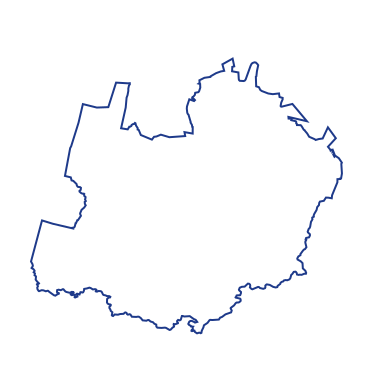 the district of Cuerámaro, Guanajuato, Mexico, rotated 102°
{"feature_id": "50627088B14851817270077", "entity_name": "Cuerámaro", "entity_type": "district", "adm_level": 2, "iso_a3": "MEX", "parent_name": "Mexico", "parent_adm1": "Guanajuato", "projection": "robinson", "projection_center": [-101.651, 20.615], "detail": "fine", "context": "isolated", "style": "outline", "palette": "blue", "viewbox_px": 384, "rotation_deg": 102, "n_neighbors": 0, "source": "geoboundaries", "source_scale": "gbopen_adm2", "svg_char_len": 5996}
<svg xmlns="http://www.w3.org/2000/svg" viewBox="0 0 384 384"><g transform="rotate(102 192 192)"><path d="M53.1,180.0L60.8,188.8L66.8,185.7L68.1,188.9L70.7,193.1L75.0,197.9L75.6,197.9L77.7,203.6L81.2,208.0L83.7,207.2L84.6,208.0L84.7,206.5L88.2,205.6L91.9,206.0L93.0,206.5L94.3,209.5L96.4,209.4L98.5,210.5L98.9,211.2L99.5,211.4L100.1,211.4L100.7,209.3L101.5,208.2L102.6,208.9L101.9,213.9L109.4,214.7L111.6,214.4L115.5,213.1L116.6,212.3L117.1,211.5L123.9,207.8L124.4,207.8L126.4,206.0L128.3,205.3L128.3,204.8L134.7,203.5L135.0,211.8L138.7,210.3L143.1,225.5L142.4,234.4L145.1,238.3L145.9,240.6L149.1,242.1L146.9,253.9L142.4,257.0L142.2,258.2L140.8,258.4L138.6,260.6L136.5,261.6L136.3,262.2L137.6,262.9L137.9,263.9L139.0,265.0L140.1,265.1L141.2,266.4L141.2,266.9L144.1,267.9L144.4,274.6L123.2,274.4L113.3,275.6L110.7,275.2L106.4,275.3L104.1,275.8L101.0,275.8L99.6,275.2L98.5,275.5L99.0,277.2L100.8,289.0L126.4,291.5L129.2,302.7L128.7,317.0L147.8,317.4L172.4,319.7L174.4,320.3L202.7,319.6L202.9,313.6L205.7,312.2L205.8,310.4L208.2,306.6L209.7,305.9L210.5,305.0L210.7,304.5L210.5,302.5L211.0,301.5L213.0,301.3L214.3,302.3L215.0,302.1L216.1,300.2L216.4,298.8L216.1,297.4L216.3,297.0L217.0,297.1L218.5,296.3L218.9,295.2L219.9,294.9L221.4,295.1L222.9,294.0L224.0,294.9L225.9,294.3L227.1,293.2L229.6,294.2L232.4,296.3L236.1,297.0L236.8,296.8L238.4,295.7L243.3,297.7L243.4,298.3L246.7,299.0L246.8,299.4L250.2,299.5L251.3,300.0L252.0,301.9L252.4,301.5L252.0,321.5L251.0,332.8L293.5,335.0L295.5,333.2L297.0,332.4L298.1,332.4L299.4,333.1L299.8,333.1L300.4,331.1L301.6,329.7L302.3,329.6L303.4,330.2L304.3,328.7L306.2,328.7L306.6,327.6L307.2,327.0L310.2,326.7L311.8,324.9L313.2,322.7L313.7,323.0L313.8,324.0L314.5,324.5L316.1,323.1L317.8,323.5L319.4,322.8L320.7,321.4L320.8,321.0L319.3,318.6L319.1,316.9L319.5,314.3L318.6,312.7L318.6,312.1L319.3,311.0L321.7,305.5L321.8,304.1L320.6,303.0L319.1,301.1L318.5,301.4L318.4,302.9L317.8,303.3L316.0,303.5L315.3,302.2L315.3,299.9L313.9,298.1L313.9,297.5L315.5,295.4L315.9,294.2L316.0,290.6L314.7,288.9L314.5,287.3L315.1,286.8L315.9,287.1L316.6,288.9L317.5,289.2L317.9,288.2L317.0,285.8L317.0,285.3L318.2,284.8L319.2,285.0L319.5,284.4L318.1,282.3L317.2,282.5L316.1,283.7L315.6,283.7L315.3,282.8L315.6,280.7L313.2,280.3L313.0,279.5L313.2,278.5L312.7,277.6L311.1,277.2L309.2,277.3L308.2,274.8L306.9,272.5L307.0,271.2L307.9,268.7L307.2,266.7L307.2,265.8L307.7,265.1L309.1,265.5L309.3,265.2L309.2,264.2L308.2,262.7L308.0,260.5L308.4,259.6L310.8,257.7L311.1,257.1L311.1,254.9L311.5,253.7L311.1,251.2L311.5,250.1L312.1,250.2L312.6,251.6L314.3,252.8L317.7,252.2L318.7,251.3L319.1,249.9L319.0,248.4L319.4,247.9L320.2,248.0L321.4,248.9L322.6,248.7L323.8,247.5L325.2,246.7L326.2,244.9L329.2,244.8L329.7,244.1L329.7,243.4L327.9,242.2L327.4,238.9L326.3,236.9L325.4,233.6L324.0,232.7L323.6,231.9L323.9,230.9L325.0,230.1L325.3,229.2L324.5,227.6L324.7,226.7L326.5,224.9L325.8,220.6L325.1,218.8L325.1,217.8L326.0,215.8L327.8,213.6L327.4,209.9L326.5,208.7L326.2,207.7L327.3,205.6L327.5,203.1L328.7,201.4L329.1,199.4L331.0,198.9L331.9,197.7L331.3,193.6L330.3,190.3L330.3,189.2L331.6,185.3L331.1,184.3L328.5,182.7L327.9,181.9L327.3,181.6L325.5,182.4L324.9,182.4L324.9,181.0L323.3,178.5L322.8,178.6L322.0,179.6L321.1,179.7L320.0,179.0L320.1,177.3L319.2,176.4L315.4,176.1L315.2,175.4L315.4,173.7L313.9,168.4L315.9,163.8L316.3,161.8L318.0,159.9L319.1,161.9L318.8,162.4L318.1,165.5L318.5,166.8L319.4,167.7L321.8,168.2L322.7,167.1L323.1,165.4L323.7,165.1L323.5,163.0L324.2,163.3L326.1,162.6L327.0,163.6L327.9,163.7L328.1,163.1L327.1,160.8L328.3,160.0L329.2,157.7L328.2,156.0L328.0,155.1L328.3,154.1L327.8,153.5L325.7,153.6L322.1,152.7L319.9,152.6L316.8,149.6L313.7,148.2L313.3,147.7L313.0,145.5L311.2,139.2L309.1,138.4L307.9,136.6L304.7,133.8L301.6,128.7L299.7,128.5L297.8,130.0L297.3,130.0L294.2,127.3L291.7,126.2L290.9,125.5L290.3,123.3L288.8,121.9L288.1,121.8L286.8,122.2L286.3,122.9L286.2,127.3L286.0,127.5L284.9,126.9L284.0,126.9L283.7,126.5L283.1,123.8L282.8,123.4L280.8,123.1L279.6,123.3L278.4,125.4L277.8,125.8L275.7,125.4L274.4,123.6L273.6,120.8L270.0,118.3L269.9,117.0L270.5,116.0L271.7,115.5L273.3,115.5L274.5,113.6L274.6,112.7L271.1,107.6L271.1,106.7L271.8,105.5L271.9,102.2L270.9,100.6L270.1,100.4L268.3,100.8L267.2,100.1L266.8,99.6L266.7,96.6L267.9,92.9L268.0,90.3L267.3,88.8L266.0,88.7L263.6,86.6L262.4,86.5L261.3,85.6L260.5,84.2L259.4,83.7L258.7,82.2L258.5,80.4L257.2,78.5L255.8,77.9L252.5,77.7L251.3,76.8L249.0,75.9L248.4,74.2L248.6,73.7L249.4,72.8L250.9,72.1L250.9,70.3L250.5,69.6L250.2,67.5L248.6,65.2L248.3,63.6L247.4,63.5L245.5,64.7L243.7,67.7L238.6,69.1L237.2,71.2L236.1,74.7L235.1,75.2L233.0,74.6L231.2,72.8L230.1,73.0L226.1,71.2L224.9,70.4L224.4,69.6L222.2,68.6L218.0,70.6L217.1,70.8L215.1,70.3L214.9,71.0L214.6,71.0L213.2,70.8L212.0,68.1L210.1,67.6L208.8,67.9L207.4,70.2L206.7,70.6L203.9,70.2L202.6,69.4L201.3,69.2L196.5,69.4L193.7,68.5L192.3,69.1L191.8,68.9L190.8,67.7L189.8,68.1L188.2,67.9L183.6,66.4L180.8,66.4L178.4,65.1L176.2,65.3L174.8,64.9L173.2,61.2L169.6,59.8L169.2,57.4L169.1,54.0L166.1,54.3L152.3,51.8L149.2,52.4L148.5,49.8L148.1,50.0L147.6,49.0L142.7,49.2L133.4,51.8L132.2,51.5L128.4,55.4L126.8,59.2L127.9,60.0L127.1,60.7L126.2,60.5L125.8,62.5L125.8,60.3L122.6,62.4L123.4,63.0L121.4,63.4L121.9,64.9L122.5,65.2L121.7,65.7L119.5,68.4L109.5,62.5L100.5,72.5L112.5,75.3L113.8,78.9L115.4,81.9L114.9,82.8L113.6,88.9L110.8,91.5L108.7,94.2L108.1,94.7L107.9,95.6L104.9,98.4L104.0,99.6L104.7,103.2L103.8,103.4L103.3,104.3L101.8,104.6L101.2,105.2L101.1,109.7L100.4,109.5L99.7,110.1L100.1,112.8L98.5,113.3L98.9,94.3L85.0,112.1L89.9,122.0L89.9,122.8L89.5,123.2L85.9,123.3L82.6,122.6L81.1,122.9L80.9,126.1L77.5,127.4L79.5,133.3L79.8,137.9L78.7,144.8L77.9,146.5L75.6,148.3L75.3,151.2L66.0,153.5L65.4,153.1L60.3,153.6L54.2,153.6L53.2,154.7L52.1,156.5L52.2,157.9L53.3,159.7L54.6,160.5L56.8,161.0L70.7,162.9L71.9,163.4L72.7,164.4L73.3,168.4L72.7,169.3L71.9,169.7L65.4,171.5L65.6,177.9L61.2,178.6L60.3,176.8L53.1,180.0Z" fill="none" stroke="#1e3a8a" stroke-width="2"/></g></svg>